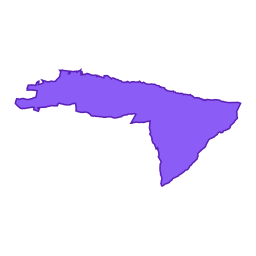 outline of Teolocholco, Tlaxcala, Mexico
{"feature_id": "50627088B11304069898900", "entity_name": "Teolocholco", "entity_type": "district", "adm_level": 2, "iso_a3": "MEX", "parent_name": "Mexico", "parent_adm1": "Tlaxcala", "projection": "orthographic", "projection_center": [-98.142, 19.211], "detail": "fine", "context": "isolated", "style": "filled", "palette": "violet", "viewbox_px": 256, "rotation_deg": 0, "n_neighbors": 0, "source": "geoboundaries", "source_scale": "gbopen_adm2", "svg_char_len": 5662}
<svg xmlns="http://www.w3.org/2000/svg" viewBox="0 0 256 256"><path d="M240.6,103.3L238.2,102.4L228.5,102.6L224.8,102.0L223.1,101.4L222.6,101.7L220.0,100.7L219.8,100.3L219.3,100.1L218.4,100.1L216.9,99.7L216.0,99.9L214.6,99.6L212.3,100.2L211.2,99.9L210.7,100.0L208.7,99.6L207.6,99.7L207.1,99.4L206.2,99.7L205.5,100.5L205.0,100.5L204.7,99.8L204.1,100.1L203.1,100.2L202.8,99.8L203.0,99.6L202.8,99.3L202.3,99.3L201.8,99.0L201.0,99.1L200.8,98.6L200.4,98.7L199.7,98.5L199.3,98.3L199.1,97.9L198.9,97.8L197.8,98.0L197.1,97.6L196.7,97.8L195.9,97.7L195.0,98.0L194.6,98.0L194.0,97.3L193.3,96.9L193.0,96.4L192.7,96.3L192.6,96.1L192.3,95.8L191.8,95.8L191.4,95.7L191.3,95.4L190.8,95.2L190.4,94.6L188.6,95.1L187.4,94.6L184.8,94.3L183.3,94.6L183.2,94.1L182.0,93.4L181.1,93.5L180.5,93.3L179.6,93.6L179.2,93.6L178.8,93.3L177.9,93.0L177.3,93.2L176.3,93.2L175.1,92.0L173.7,92.0L173.1,91.0L172.4,91.4L170.3,91.3L169.3,91.0L168.8,91.1L167.6,90.8L167.0,90.5L166.6,90.0L166.0,90.1L165.6,89.8L164.7,88.6L164.7,88.1L164.4,87.8L163.8,87.8L163.0,87.5L162.2,87.5L160.5,86.8L160.3,87.2L160.0,87.1L159.1,85.8L157.0,85.5L155.9,85.1L155.6,84.8L154.5,84.2L153.6,84.4L151.6,84.0L150.0,84.2L147.6,84.2L146.6,84.0L145.5,83.4L143.8,82.4L143.4,82.3L142.6,82.8L142.1,82.8L141.5,82.7L140.7,82.3L140.0,81.5L139.4,81.2L138.7,82.2L137.1,82.0L135.9,82.3L133.8,81.7L132.0,81.8L131.1,82.3L130.5,82.2L130.1,82.6L129.6,82.6L128.5,81.9L128.0,81.7L127.6,81.4L127.4,81.5L127.0,82.0L126.5,81.8L125.3,82.4L124.7,82.2L124.2,82.4L123.6,82.4L122.9,82.1L122.0,82.0L121.1,80.9L119.6,80.7L117.5,79.5L116.0,79.5L115.1,78.7L113.6,78.1L112.7,78.0L112.4,78.3L111.4,78.3L111.2,78.8L110.9,78.3L110.3,77.7L109.5,77.4L108.1,76.0L107.6,75.7L104.2,75.7L104.0,76.6L103.9,77.8L102.5,77.5L101.0,76.8L99.8,76.6L98.9,75.9L98.7,76.4L96.7,76.5L97.0,75.4L96.0,75.2L95.2,75.1L94.8,75.3L93.0,75.2L92.6,75.3L91.9,75.3L91.5,75.0L90.3,74.7L89.2,73.9L88.2,73.9L87.0,73.4L86.3,74.0L85.8,73.9L84.9,74.6L84.6,74.3L83.9,74.6L83.2,74.2L82.9,74.2L82.5,74.3L82.3,74.8L81.0,74.8L80.8,74.7L81.0,73.6L80.9,72.9L82.2,72.9L81.8,71.4L80.4,71.0L80.6,70.0L80.1,70.5L79.0,70.7L78.5,71.3L76.8,72.2L76.7,71.1L75.6,71.5L75.2,71.3L74.6,71.3L74.2,71.6L71.9,71.5L70.5,71.2L69.8,73.7L68.4,73.7L69.1,71.1L64.3,70.6L62.1,70.1L61.8,70.6L61.4,70.3L59.7,70.3L60.7,71.8L59.4,77.3L59.0,77.4L55.9,80.5L55.6,81.3L53.4,81.5L51.1,81.1L48.1,82.0L42.0,80.1L43.7,82.7L40.2,84.2L38.4,84.4L39.0,81.2L38.6,81.2L37.7,81.6L37.1,82.2L37.1,82.5L36.6,82.7L36.1,84.2L35.9,85.3L31.4,84.9L29.9,85.2L28.3,85.1L27.1,88.3L27.7,88.5L27.1,90.1L31.0,90.0L34.9,90.3L37.2,90.8L36.0,97.1L33.1,98.0L32.2,98.6L31.1,98.8L30.6,99.0L30.3,98.9L30.2,99.1L28.9,99.3L28.2,99.6L25.2,99.1L23.7,98.5L22.0,98.6L20.5,98.9L20.0,99.3L19.3,99.4L18.3,98.8L16.6,98.8L15.4,102.8L15.4,103.6L16.6,104.7L17.5,105.8L20.4,108.2L22.2,108.7L23.2,108.4L24.5,108.5L26.4,108.2L27.3,107.9L28.6,107.9L29.9,107.4L30.9,107.5L32.1,107.3L34.1,107.4L33.7,109.7L38.4,111.3L39.3,108.7L37.8,108.1L37.7,108.0L38.2,107.7L39.6,107.7L41.6,107.3L45.9,107.2L47.4,106.5L50.0,106.1L50.8,105.7L52.5,105.6L53.9,105.9L54.8,105.7L55.4,105.9L56.3,105.7L57.0,105.9L57.4,104.8L57.7,105.0L58.3,103.6L58.6,103.5L59.1,103.1L59.6,103.3L60.1,103.3L60.4,103.6L61.6,103.9L62.4,103.8L63.3,104.4L64.0,104.4L64.8,104.7L66.9,104.9L70.5,104.7L71.1,104.2L72.5,103.8L73.0,103.3L73.3,103.6L73.6,103.7L75.1,103.3L75.4,103.4L75.4,103.7L75.8,104.6L76.1,108.6L76.3,108.9L75.9,110.8L76.5,111.0L77.6,111.6L78.6,111.7L80.6,112.3L81.5,112.4L83.5,112.3L84.5,112.3L85.6,111.9L86.9,112.4L88.1,112.6L88.0,112.8L89.6,113.8L90.6,114.9L91.0,115.6L91.8,115.9L92.3,115.8L93.1,116.1L94.4,116.0L96.0,116.4L98.0,116.4L99.7,116.7L101.7,116.7L103.1,117.2L105.4,117.3L106.5,117.0L110.7,116.7L113.4,117.8L114.2,118.0L115.3,117.8L116.0,117.9L118.3,117.4L119.4,117.0L121.7,116.6L122.0,115.9L125.2,114.9L126.8,115.0L128.1,114.1L129.1,114.0L131.8,114.1L133.9,113.6L134.7,113.7L135.9,114.3L132.2,121.0L130.9,123.2L132.3,123.1L132.8,122.7L133.7,122.5L134.1,122.6L134.8,122.3L135.7,122.2L137.7,122.1L138.7,122.5L139.3,122.5L140.7,122.3L141.8,122.4L142.6,122.2L143.2,122.5L143.4,122.3L144.6,122.3L146.1,121.6L148.5,121.4L150.2,120.9L150.2,121.3L149.8,121.8L149.9,123.3L149.4,127.8L150.6,132.4L150.4,133.0L149.8,133.7L150.0,134.6L150.5,135.1L151.5,136.7L151.6,137.5L152.0,138.2L151.9,139.8L152.0,140.4L152.4,140.9L152.5,142.1L153.2,143.2L154.5,144.2L155.3,146.7L155.9,147.7L156.0,148.9L156.5,148.8L157.5,147.8L157.9,148.5L158.0,148.6L157.5,149.3L158.3,150.8L158.7,152.5L159.0,155.2L158.8,155.8L158.8,156.2L158.3,156.7L160.1,159.9L161.2,161.4L161.0,161.8L161.1,162.5L160.5,163.3L160.2,164.2L160.0,167.2L160.0,169.7L160.2,171.4L160.6,172.7L160.5,172.8L160.7,173.7L160.5,174.3L161.5,176.7L161.9,178.3L161.9,179.0L161.3,180.9L161.3,182.3L160.9,183.7L161.4,184.5L161.4,185.0L161.6,185.8L162.5,186.0L165.5,183.8L166.9,183.6L167.5,183.2L168.0,183.1L168.4,182.8L169.4,182.4L170.0,181.1L170.7,180.9L171.9,180.0L172.5,179.0L173.1,178.4L178.3,176.0L178.8,175.2L181.2,173.8L184.0,171.7L185.2,170.4L186.2,170.0L187.2,169.8L187.8,169.3L188.9,167.9L190.1,165.6L191.1,165.2L192.5,163.2L193.4,162.3L194.1,162.0L195.8,160.1L197.0,159.2L197.4,157.4L198.0,156.2L197.8,153.8L198.1,153.2L202.1,149.4L204.9,147.3L205.7,146.1L206.0,144.9L208.8,139.6L209.8,138.9L213.7,137.2L215.1,136.0L217.3,134.4L217.9,133.1L219.0,132.3L219.7,132.0L220.5,132.0L220.8,132.7L222.4,132.5L223.0,131.9L223.4,131.0L223.8,130.6L225.2,130.5L225.9,130.0L226.9,129.8L227.6,129.0L228.2,129.1L228.7,128.7L229.3,128.6L230.4,126.9L230.3,125.8L234.0,122.4L235.0,120.7L236.3,119.2L236.8,119.0L237.3,118.2L237.4,117.4L237.0,116.4L236.9,114.9L237.0,114.0L236.8,113.7L236.8,112.4L236.6,111.7L240.6,103.3Z" fill="#8b5cf6" stroke="#5b21b6" stroke-width="1.5"/></svg>